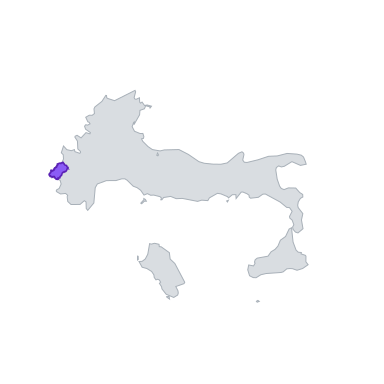 Valle d'Aosta, Aoste, Italy (highlighted), rotated 326°
{"feature_id": "23120603B46910528128522", "entity_name": "Valle d'Aosta", "entity_type": "district", "adm_level": 2, "iso_a3": "ITA", "parent_name": "Italy", "parent_adm1": "Aoste", "projection": "orthographic", "projection_center": [7.355, 45.727], "detail": "fine", "context": "in_parent", "style": "filled", "palette": "violet", "viewbox_px": 384, "rotation_deg": 326, "n_neighbors": 0, "source": "geoboundaries", "source_scale": "gbopen_adm2", "svg_char_len": 6972}
<svg xmlns="http://www.w3.org/2000/svg" viewBox="0 0 384 384"><g transform="rotate(326 192 192)"><path d="M87.0,95.0L88.9,96.2L96.0,93.7L100.3,95.1L103.9,92.8L106.1,89.1L105.6,86.4L111.2,82.0L111.9,86.9L115.1,90.3L118.2,91.1L117.5,93.1L120.6,97.2L121.8,96.8L122.2,96.0L121.4,92.5L125.5,85.7L125.6,81.0L126.3,80.4L128.4,80.7L130.3,85.1L137.3,83.5L139.9,86.7L141.0,86.0L138.9,80.4L139.7,77.4L141.5,76.8L142.9,78.2L145.6,78.5L145.7,76.7L144.9,75.6L145.7,70.6L149.7,70.9L152.2,72.6L155.0,72.4L157.2,68.3L159.0,67.2L168.0,66.5L174.6,63.7L175.1,64.2L174.0,66.2L174.5,67.4L178.9,73.0L201.6,75.9L201.3,77.4L196.8,81.4L196.6,82.8L197.4,83.9L201.1,84.5L198.9,88.2L199.0,89.5L200.9,89.5L201.0,93.7L203.5,94.8L206.4,98.2L203.8,99.1L204.8,98.0L201.8,94.6L199.1,96.4L194.5,95.2L191.7,98.7L181.6,103.7L183.3,101.6L182.5,101.7L178.9,104.4L178.3,109.5L181.6,114.4L184.0,116.0L183.1,119.1L181.8,120.4L179.9,119.7L179.5,122.4L180.9,129.7L182.9,134.7L188.5,140.1L192.5,141.6L204.9,149.5L210.0,158.8L214.7,170.7L218.2,175.0L225.3,180.9L231.6,185.2L237.5,187.6L252.1,185.9L255.9,186.6L256.5,188.6L256.0,190.0L251.9,193.9L252.0,196.6L254.2,198.3L264.7,202.2L275.4,205.2L282.9,209.8L292.4,213.2L300.2,219.3L303.2,222.6L304.0,225.4L302.9,230.6L302.2,232.8L296.8,230.6L291.8,222.7L282.9,222.3L280.1,221.2L278.4,218.8L275.6,218.9L273.8,220.5L269.8,229.0L267.9,236.2L268.0,239.0L269.7,241.5L274.2,242.5L280.2,246.7L281.0,252.7L282.4,255.9L281.1,258.1L278.3,257.9L274.6,259.6L272.2,262.1L271.3,264.3L271.8,271.9L267.1,276.4L263.5,284.5L257.0,285.2L255.3,283.0L254.9,279.6L255.8,277.3L258.1,276.1L259.3,271.4L258.5,268.3L259.2,266.8L264.2,264.0L264.1,259.5L261.9,257.7L259.5,249.7L251.7,234.7L249.5,233.4L244.0,233.5L237.1,229.9L236.6,228.2L237.5,226.5L236.6,224.2L234.2,220.5L232.7,219.6L224.9,222.1L226.9,218.7L223.9,216.8L218.9,217.3L218.9,215.8L214.9,209.7L212.3,207.3L203.1,206.6L200.3,208.0L195.5,204.2L191.4,202.9L180.4,191.9L175.2,188.7L171.8,183.7L165.4,180.7L162.6,181.6L161.8,181.0L163.3,179.9L162.9,178.0L158.5,173.1L155.9,171.6L154.1,168.4L150.5,167.7L150.4,161.8L148.9,157.7L146.5,154.3L144.8,145.9L143.7,143.5L141.1,141.8L135.4,140.0L127.4,134.7L118.0,132.4L114.2,134.3L104.5,146.2L95.3,148.9L95.1,146.5L98.6,141.0L97.9,139.0L92.2,139.7L84.7,134.7L83.7,130.4L85.8,126.2L87.1,125.2L86.4,122.5L81.9,120.1L80.1,116.4L80.0,115.2L81.1,114.5L83.8,114.8L88.0,112.2L89.2,108.6L83.0,99.6L83.2,97.8L87.0,95.0ZM185.0,142.6L185.2,140.4L183.3,141.9L183.9,142.9L185.0,142.6ZM254.5,277.3L247.8,290.0L245.8,298.3L246.4,301.3L248.8,303.3L247.8,304.3L250.5,307.8L250.6,308.9L247.4,313.5L247.6,317.2L240.9,317.3L235.3,315.6L232.3,311.6L230.0,310.0L227.6,308.7L222.9,309.2L220.8,308.5L207.8,301.0L202.8,299.1L197.2,298.9L194.9,297.2L192.9,293.6L194.7,287.7L198.2,284.2L201.7,287.7L204.5,286.3L204.6,285.1L206.5,283.5L209.1,283.3L219.1,287.7L224.1,285.8L228.8,286.0L233.0,284.9L238.3,281.4L244.7,281.2L251.8,277.0L254.5,277.3ZM135.8,220.2L139.3,229.6L136.4,235.4L137.8,241.7L135.5,262.8L134.1,263.5L125.7,261.3L125.1,266.1L124.1,268.1L122.5,269.4L117.9,269.2L113.4,262.3L112.9,255.5L113.8,253.5L113.9,249.5L115.6,249.2L115.7,246.6L114.7,245.1L113.0,244.7L112.9,241.7L114.1,239.3L114.1,235.3L111.8,230.2L108.6,226.5L109.2,220.0L111.9,221.6L115.8,221.4L120.5,218.9L128.0,211.1L129.0,212.4L132.3,213.6L135.4,216.9L134.3,219.0L135.8,220.2ZM148.4,170.5L149.2,172.1L149.0,174.1L147.4,173.0L143.7,173.6L143.3,172.6L147.8,171.5L148.4,170.5ZM114.6,265.7L113.5,268.2L112.3,265.0L112.4,264.6L114.6,265.7ZM111.4,215.2L109.7,217.9L108.8,217.9L111.0,214.7L111.4,215.2ZM186.6,320.3L184.4,319.8L184.3,318.6L186.0,318.7L186.6,320.3ZM217.5,219.2L215.8,220.1L215.7,218.8L217.5,219.2Z" fill="#d9dde1" stroke="#a8b0b8" stroke-width="1"/><path d="M101.7,95.3L101.6,95.2L101.2,95.1L100.9,95.0L100.7,95.1L100.5,95.3L100.4,95.2L100.2,94.9L99.6,94.7L99.6,94.9L99.4,95.0L99.2,95.1L99.0,94.9L98.9,94.8L99.0,94.8L99.0,94.6L98.8,94.4L98.7,94.3L98.4,94.2L98.2,93.9L97.9,93.8L97.7,93.9L97.4,93.9L97.2,94.0L96.9,93.9L96.7,93.8L96.7,93.7L96.4,93.6L96.2,93.5L96.1,93.8L96.1,94.2L96.0,94.3L95.9,94.3L95.7,94.3L95.6,94.1L95.4,94.2L95.3,94.3L95.0,94.4L94.8,94.5L94.9,94.8L94.6,94.8L94.4,94.9L94.1,95.2L94.1,95.3L93.8,95.5L93.6,95.4L93.6,95.5L93.4,95.8L93.2,95.7L92.9,95.6L92.8,95.4L92.7,95.4L92.4,95.4L92.2,95.4L91.9,95.3L91.8,95.2L91.7,95.2L91.7,95.3L91.5,95.7L91.4,95.7L91.3,95.8L91.1,96.0L91.0,95.9L90.8,96.0L90.6,95.9L90.6,96.0L90.4,96.0L90.2,96.2L90.2,96.3L90.1,96.5L89.8,96.7L89.7,96.6L89.4,96.4L89.5,96.4L89.4,96.2L89.1,96.3L88.9,96.5L88.7,96.7L88.4,96.7L88.3,96.4L88.2,96.4L88.3,96.3L88.1,96.1L88.0,95.9L87.9,95.8L87.8,95.7L87.7,95.4L87.4,95.1L87.2,95.2L87.0,95.3L86.9,95.5L86.7,95.7L86.7,95.8L86.8,96.0L86.6,96.2L86.6,96.3L86.5,96.5L86.2,96.5L85.9,96.7L85.7,96.9L85.6,97.0L85.4,97.0L85.2,97.1L84.8,97.1L84.6,96.9L84.4,97.0L84.5,97.1L84.4,97.2L84.3,97.3L84.2,97.3L83.9,97.1L83.6,97.2L83.5,97.3L83.4,97.5L83.2,97.8L83.4,97.9L83.4,98.0L83.4,98.3L83.2,98.4L83.2,98.6L83.2,98.8L83.3,98.9L83.2,98.9L83.2,99.0L83.3,99.1L83.2,99.3L83.3,99.4L83.2,99.5L83.3,99.6L83.4,99.9L83.3,100.0L83.5,100.2L83.5,100.3L83.6,100.5L83.9,100.7L84.0,100.9L84.1,101.1L84.3,101.1L84.5,101.2L84.8,101.3L84.9,101.2L85.0,101.3L85.0,101.5L84.9,101.6L85.0,101.6L85.1,101.8L85.4,102.0L85.5,102.0L85.9,101.8L86.1,101.8L86.1,102.0L86.4,102.1L86.5,102.2L86.6,102.3L86.5,102.5L86.3,102.5L86.3,102.8L86.4,103.0L86.3,103.3L86.2,103.5L86.3,103.6L86.5,103.8L86.5,104.0L86.4,104.1L86.4,104.3L86.5,104.6L86.4,104.9L86.5,105.0L86.6,105.4L86.6,105.6L86.8,105.7L87.0,105.7L87.3,105.8L87.4,105.7L87.5,105.8L87.6,106.0L87.4,106.2L87.4,106.3L87.6,106.4L87.9,106.3L88.1,106.4L88.3,106.4L88.4,106.5L88.5,106.4L88.6,106.0L88.7,105.9L88.7,105.7L88.8,105.4L89.0,105.3L89.1,105.5L89.1,105.8L89.1,106.2L89.3,106.1L89.6,106.1L89.8,106.1L90.1,106.2L90.2,106.3L90.3,106.4L90.5,106.4L90.6,106.2L90.9,105.8L91.1,105.7L91.3,105.6L91.3,105.4L91.6,105.4L91.9,105.3L92.2,105.3L92.3,105.2L92.5,105.2L92.9,105.0L93.0,105.1L93.1,105.3L93.3,105.2L93.5,105.0L93.5,104.9L93.8,104.8L93.9,104.6L94.0,104.5L94.2,104.4L94.4,104.3L94.5,104.2L94.7,103.9L95.0,103.7L95.4,103.6L95.7,103.8L95.9,103.8L96.0,103.7L96.5,103.4L96.7,103.5L96.8,103.6L97.1,103.7L97.2,103.9L97.2,104.1L97.3,104.1L97.5,104.0L97.7,103.9L97.8,104.0L98.0,104.1L98.4,104.4L98.5,104.4L98.6,104.2L98.7,104.3L98.9,104.3L99.0,104.3L99.2,104.2L99.3,104.3L99.6,104.3L99.7,104.2L99.9,104.0L100.1,104.0L100.4,103.8L100.5,103.6L100.8,103.4L101.1,103.2L101.3,103.2L101.6,103.2L101.9,103.2L102.0,103.2L102.2,103.3L102.3,103.4L102.3,103.1L102.2,102.9L102.3,102.9L102.4,102.6L102.5,102.5L102.6,102.4L102.8,102.3L103.0,102.3L103.0,102.2L102.9,101.9L102.7,101.6L102.5,101.4L102.5,101.2L102.4,101.1L102.4,100.9L102.5,100.7L102.8,100.3L102.8,100.2L102.9,99.9L102.8,99.7L102.7,99.6L102.3,99.4L102.2,99.3L102.1,99.2L102.0,98.9L101.8,98.7L101.7,98.4L101.7,98.2L101.7,97.8L101.6,97.7L101.8,97.5L101.8,97.4L101.7,97.2L101.8,96.8L101.8,96.7L101.7,96.5L101.7,96.3L101.7,96.2L101.6,95.7L101.6,95.4L101.7,95.3Z" fill="#8b5cf6" stroke="#5b21b6" stroke-width="1.5"/></g></svg>